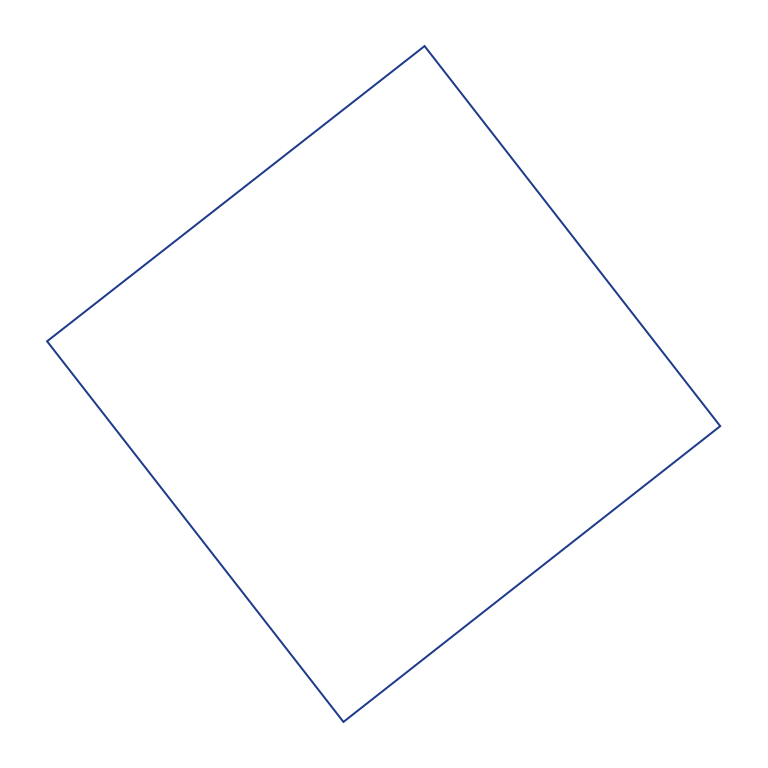 Hancock, Iowa, United States of America, rotated 322°
{"feature_id": "52423323B74830272216287", "entity_name": "Hancock", "entity_type": "district", "adm_level": 2, "iso_a3": "USA", "parent_name": "United States of America", "parent_adm1": "Iowa", "projection": "mercator", "projection_center": [-93.782, 43.082], "detail": "fine", "context": "isolated", "style": "outline", "palette": "blue", "viewbox_px": 768, "rotation_deg": 322, "n_neighbors": 0, "source": "geoboundaries", "source_scale": "gbopen_adm2", "svg_char_len": 226}
<svg xmlns="http://www.w3.org/2000/svg" viewBox="0 0 768 768"><g transform="rotate(322 384 384)"><path d="M144.8,142.9L144.0,625.3L623.0,624.2L624.0,142.7L144.8,142.9Z" fill="none" stroke="#1e3a8a" stroke-width="2"/></g></svg>